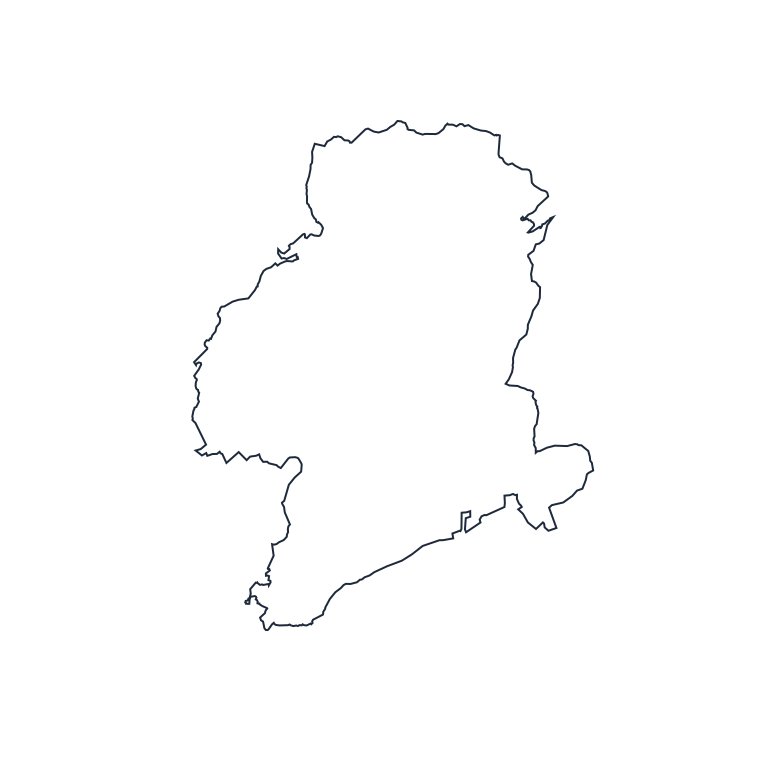 outline of Creaca, Salaj, Romania, rotated 317°
{"feature_id": "2599482B65302894831866", "entity_name": "Creaca", "entity_type": "district", "adm_level": 2, "iso_a3": "ROU", "parent_name": "Romania", "parent_adm1": "Salaj", "projection": "robinson", "projection_center": [23.215, 47.191], "detail": "fine", "context": "isolated", "style": "outline", "palette": "slate", "viewbox_px": 768, "rotation_deg": 317, "n_neighbors": 0, "source": "geoboundaries", "source_scale": "gbopen_adm2", "svg_char_len": 6166}
<svg xmlns="http://www.w3.org/2000/svg" viewBox="0 0 768 768"><g transform="rotate(317 384 384)"><path d="M404.2,603.5L411.9,606.9L420.4,587.0L424.2,587.1L434.3,592.9L445.5,594.3L452.5,593.6L457.7,595.9L466.0,591.9L470.7,588.5L472.8,588.5L478.0,589.9L482.2,583.5L482.5,580.8L485.1,577.3L487.7,572.3L486.5,563.4L484.5,561.3L484.3,560.0L482.7,558.1L475.6,554.3L466.9,545.6L459.7,541.7L452.1,539.3L450.5,537.9L448.1,537.8L451.3,534.3L452.2,530.9L454.1,529.4L455.0,527.1L456.6,525.7L458.4,525.0L463.2,519.2L465.7,517.8L468.2,517.5L477.2,510.4L479.5,506.7L479.5,505.9L480.7,505.2L480.8,503.6L481.8,501.6L483.0,500.0L483.7,499.9L483.5,496.2L484.3,494.3L486.7,493.1L487.7,491.3L486.5,488.2L484.8,486.2L484.0,483.5L481.6,479.6L480.5,476.7L474.7,470.6L473.1,466.8L478.5,465.7L485.7,462.7L489.8,459.6L490.9,457.9L492.7,456.8L496.1,453.0L503.5,448.4L506.0,447.8L512.8,444.5L521.8,444.9L526.8,441.7L529.6,438.8L537.8,435.1L543.2,431.9L551.2,430.3L556.7,427.3L564.2,419.6L563.9,417.2L564.4,413.5L563.7,411.4L562.4,409.6L566.5,403.9L574.0,398.4L574.6,395.0L575.9,391.6L576.2,389.2L577.6,387.9L584.2,388.6L590.2,385.4L593.4,387.2L598.9,387.6L611.9,379.1L621.6,377.3L618.4,376.1L616.4,377.0L615.2,376.2L611.1,376.4L608.6,375.2L607.5,376.1L605.2,376.8L604.7,376.6L605.4,375.5L605.1,375.2L596.8,373.8L592.9,371.8L592.6,371.3L601.7,370.6L602.7,369.4L603.2,367.5L602.5,365.9L602.8,364.3L601.5,363.0L601.7,361.1L596.9,358.8L596.5,357.4L597.2,356.4L599.4,356.4L599.1,357.9L600.2,358.9L605.1,358.6L609.5,360.1L613.3,360.3L617.7,358.7L632.0,358.8L633.7,355.7L633.9,354.4L633.3,352.5L631.5,349.7L630.9,347.7L629.3,341.5L629.3,339.1L629.5,337.5L634.1,331.7L635.9,328.4L636.0,326.6L635.0,324.7L631.4,321.2L628.8,313.8L628.2,310.1L624.3,308.3L623.5,305.6L623.4,303.3L624.5,299.8L623.2,297.0L624.2,294.4L625.5,293.0L638.2,281.3L637.3,279.7L635.9,279.0L636.0,278.3L634.3,277.5L633.0,272.4L631.1,268.6L627.7,264.7L623.9,258.2L622.3,252.2L618.7,250.3L618.6,247.6L616.9,245.7L612.8,245.0L611.2,241.3L607.9,238.1L608.0,236.9L605.1,236.9L601.3,238.1L595.0,237.7L592.3,236.5L584.6,229.1L582.4,228.0L579.1,222.2L579.0,219.1L575.3,214.8L575.1,213.5L575.9,212.8L577.6,207.7L576.2,205.4L575.8,203.8L573.2,200.8L568.3,201.3L564.0,200.3L559.4,200.0L551.6,196.4L548.6,192.3L546.5,186.3L544.0,185.1L524.9,185.4L523.7,184.2L524.3,183.1L523.9,181.5L521.3,178.8L521.0,174.3L519.1,171.3L517.4,170.8L516.0,169.1L511.7,169.0L507.9,167.9L502.8,169.5L497.2,161.1L489.7,165.2L486.0,169.6L482.3,173.1L479.8,173.7L476.7,176.8L470.7,181.1L462.7,185.5L462.1,187.0L460.8,187.8L460.0,189.5L457.0,192.1L455.7,194.3L451.9,198.2L450.9,199.6L451.2,201.3L450.2,203.7L450.0,206.3L447.0,211.2L446.1,215.3L446.4,217.0L445.1,219.4L445.7,221.0L446.4,220.9L446.6,223.2L446.6,225.1L445.7,228.4L440.7,231.2L438.5,231.7L437.2,231.2L434.2,227.8L433.1,225.1L432.0,224.4L427.0,224.7L426.2,222.9L428.2,220.6L428.2,220.0L426.8,219.3L413.5,219.2L411.0,218.0L409.2,218.0L408.6,218.1L408.4,219.4L407.0,220.9L400.0,220.5L398.5,217.8L398.5,213.3L395.5,216.4L394.7,222.4L396.8,223.7L398.1,226.2L408.4,229.3L406.8,231.5L406.7,232.0L407.4,232.3L406.5,233.9L402.5,232.2L400.8,232.1L396.8,227.8L395.2,226.9L390.2,225.1L386.9,224.8L386.8,221.7L381.0,221.6L376.5,219.6L373.1,219.2L367.7,220.9L362.8,224.0L359.5,225.1L358.1,226.5L357.3,226.0L353.8,227.3L343.2,228.9L335.2,223.3L329.4,220.5L320.1,218.4L317.9,216.7L316.1,216.9L313.3,218.5L310.3,219.1L309.1,221.5L309.0,223.9L307.4,225.9L305.0,227.4L300.5,228.0L296.5,230.7L291.7,231.3L288.3,233.0L287.9,232.2L285.4,232.7L284.1,231.0L281.2,231.5L279.8,232.7L279.2,234.0L279.4,237.0L278.6,237.8L260.0,238.5L259.4,242.0L260.7,241.2L263.3,242.0L264.3,243.8L263.5,245.1L258.5,247.0L250.7,248.6L250.1,251.1L250.4,252.4L249.9,253.4L247.5,254.5L244.9,256.9L243.7,259.0L243.5,260.4L244.0,261.4L242.9,263.1L242.9,264.3L237.8,267.7L236.6,270.7L231.0,272.8L229.3,272.1L227.6,273.3L226.7,273.4L221.7,277.0L220.5,279.0L219.3,279.7L219.5,284.0L212.5,307.0L205.6,306.6L200.9,304.2L202.1,312.1L206.9,313.3L205.8,316.0L210.9,318.3L214.1,321.2L217.6,321.5L217.2,323.3L218.0,324.9L214.9,334.3L231.3,334.7L231.6,346.0L236.6,345.8L241.6,349.3L244.7,350.3L243.0,354.0L242.5,358.5L245.5,361.1L245.8,363.6L250.1,370.1L250.2,372.3L251.2,375.1L263.3,373.2L265.0,373.5L269.1,376.9L270.4,379.0L270.6,380.2L269.4,385.7L268.7,387.0L263.6,391.6L254.9,391.5L245.7,392.8L231.3,401.4L228.5,401.2L227.9,402.1L227.0,405.8L223.9,410.2L219.4,422.6L217.0,422.9L214.9,424.4L212.8,426.9L210.4,427.9L208.7,429.4L206.4,429.6L204.1,429.7L199.2,428.1L196.3,427.8L194.0,426.5L192.9,424.8L186.2,434.3L173.2,439.6L173.0,440.0L173.9,441.1L173.3,442.5L168.6,442.0L167.9,442.5L166.9,443.8L168.1,444.5L168.9,446.1L165.7,448.7L166.7,450.4L165.8,451.7L162.5,452.7L163.3,451.6L158.6,448.6L158.2,447.5L156.3,446.3L155.8,443.4L156.0,442.8L155.4,442.8L154.8,441.8L146.2,442.8L143.6,446.4L139.8,448.8L138.4,448.5L137.0,449.5L134.9,448.3L133.5,449.2L133.8,450.2L133.3,450.7L135.6,452.9L138.7,450.0L141.3,448.6L144.9,451.0L145.3,452.4L144.9,453.3L143.3,454.1L143.7,455.3L143.2,457.0L141.9,458.1L143.1,459.6L142.7,460.0L143.6,463.5L145.6,468.1L145.5,468.6L143.0,468.9L140.6,470.4L134.1,470.3L132.9,472.9L133.5,475.3L130.0,481.0L129.8,483.3L131.1,484.6L132.7,484.6L138.2,483.4L140.5,483.5L140.2,484.7L140.5,486.3L142.9,489.3L149.3,494.9L151.0,495.6L151.1,496.7L152.6,499.2L155.1,500.8L156.0,502.3L157.9,502.8L159.2,504.4L160.6,504.3L161.0,505.8L162.7,507.8L167.0,509.2L167.0,510.1L168.8,510.0L169.6,508.6L171.3,508.0L182.1,511.0L184.4,509.1L187.7,508.3L188.7,507.4L197.8,504.3L206.4,503.1L213.1,503.8L217.4,503.5L219.7,504.1L223.3,507.5L229.1,510.6L232.8,510.7L234.6,511.9L237.9,512.1L242.9,514.2L248.6,515.0L262.3,519.5L276.6,525.4L288.1,527.6L301.8,528.8L318.1,536.1L320.7,538.5L329.3,544.1L332.1,540.0L339.3,543.0L339.6,543.7L341.8,542.8L353.0,531.1L356.8,534.1L360.3,535.8L356.6,539.9L352.3,537.9L344.1,545.5L342.9,548.4L360.1,551.1L361.5,548.4L365.1,547.3L368.3,548.4L369.2,549.7L388.2,556.1L391.0,553.7L396.0,547.8L400.0,551.0L403.3,552.4L404.3,554.9L405.7,555.7L402.8,558.7L401.1,563.7L401.3,566.1L400.9,567.9L396.7,567.2L397.1,573.7L394.8,583.4L396.3,593.7L405.8,593.6L405.9,595.2L403.7,598.5L404.2,603.5Z" fill="none" stroke="#1e293b" stroke-width="2"/></g></svg>